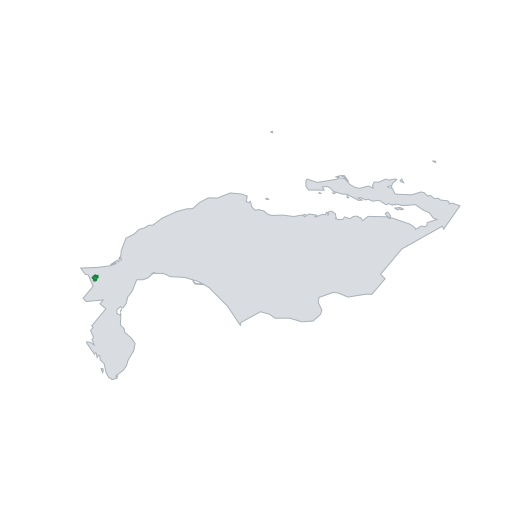 Chicomuselo, Chiapas, Mexico (highlighted), rotated 130°
{"feature_id": "50627088B18917437048636", "entity_name": "Chicomuselo", "entity_type": "district", "adm_level": 2, "iso_a3": "MEX", "parent_name": "Mexico", "parent_adm1": "Chiapas", "projection": "robinson", "projection_center": [-92.321, 15.794], "detail": "fine", "context": "in_parent", "style": "filled", "palette": "green", "viewbox_px": 512, "rotation_deg": 130, "n_neighbors": 0, "source": "geoboundaries", "source_scale": "gbopen_adm2", "svg_char_len": 5197}
<svg xmlns="http://www.w3.org/2000/svg" viewBox="0 0 512 512"><g transform="rotate(130 256 256)"><path d="M86.5,132.0L114.8,129.5L113.3,132.4L156.8,148.8L190.0,148.8L190.4,142.5L211.0,142.6L214.4,147.1L228.4,159.2L231.5,169.3L234.0,173.2L247.3,181.2L251.7,178.2L255.2,170.7L259.3,169.1L269.1,170.4L277.0,178.7L282.2,190.6L291.4,201.4L291.9,208.3L295.9,216.8L316.5,224.8L319.2,223.5L312.8,245.4L310.4,271.6L311.3,277.2L316.7,284.8L315.5,288.8L315.8,284.7L311.4,278.3L312.8,284.2L318.1,296.6L326.9,308.4L328.8,315.7L335.0,323.2L333.3,323.0L336.8,324.8L335.7,323.7L342.2,324.7L346.8,327.2L350.9,332.1L361.9,328.4L370.0,327.9L375.4,325.0L381.0,324.4L382.2,325.5L381.8,327.1L386.4,328.1L389.5,325.7L388.7,321.9L387.1,322.8L387.5,322.0L396.0,315.6L396.5,310.3L398.9,307.3L399.0,298.8L400.6,292.5L407.0,288.8L418.3,286.9L423.3,284.7L428.8,284.2L437.9,286.4L438.7,285.0L436.3,285.0L439.4,284.0L443.1,286.8L443.7,290.5L441.9,295.6L436.0,303.3L435.8,308.5L432.8,311.6L433.4,312.8L436.0,312.4L433.2,315.6L433.3,316.9L435.1,316.5L431.6,329.4L430.6,330.6L428.7,327.7L428.2,322.8L425.6,327.8L422.8,328.2L419.4,334.9L415.5,334.8L415.1,337.0L393.0,337.0L392.9,344.8L387.9,344.8L400.0,356.8L399.6,361.3L383.9,361.3L378.3,372.4L379.8,375.2L377.9,382.5L366.5,370.0L357.4,361.5L351.9,358.3L351.2,359.1L356.4,362.0L348.4,359.5L348.9,357.4L346.8,358.3L345.5,356.5L344.0,358.4L346.7,359.3L342.6,359.8L338.6,362.6L325.9,367.1L317.7,363.5L310.8,362.7L306.1,359.4L301.5,358.0L298.6,354.8L287.3,352.2L273.3,345.5L264.3,339.3L260.5,335.0L251.0,333.5L242.1,329.9L236.5,322.9L224.2,316.2L217.8,306.9L215.7,301.2L220.6,298.5L219.9,296.1L217.7,295.3L221.1,291.0L221.5,285.8L218.9,284.0L216.4,278.9L216.5,274.2L214.9,270.0L207.7,262.1L201.5,252.5L191.8,244.3L194.6,245.8L194.8,244.0L189.6,242.3L185.8,235.8L188.6,236.0L181.0,231.6L180.0,229.4L177.1,230.2L176.7,229.2L178.9,226.7L175.1,228.7L173.0,226.8L172.6,222.5L175.5,218.7L176.5,219.5L174.7,215.6L172.3,213.1L169.1,213.2L167.0,208.0L163.1,206.8L160.8,204.6L159.4,200.0L160.5,197.0L153.6,195.6L141.9,181.0L141.3,177.5L139.5,176.4L132.5,158.2L132.1,152.7L133.1,150.9L126.5,148.5L125.1,145.6L122.9,144.6L120.4,146.3L111.6,140.8L113.0,144.4L111.5,151.2L113.2,156.6L114.3,167.0L123.2,176.1L126.0,182.2L127.4,182.0L128.0,183.8L129.4,184.0L130.5,188.0L133.1,189.2L134.3,197.6L138.9,201.8L140.4,206.5L142.5,208.0L144.0,213.5L145.8,214.9L144.9,210.7L147.5,213.1L150.2,225.9L153.1,229.6L156.9,238.8L156.2,242.6L157.0,246.1L160.4,249.5L161.8,246.1L171.6,258.1L170.5,262.6L166.5,265.9L164.3,266.3L160.3,256.4L144.9,243.1L143.4,243.3L140.3,239.2L139.8,236.3L140.9,230.1L139.8,224.2L137.5,220.0L130.1,214.9L128.7,209.8L127.2,212.0L123.3,213.0L120.6,209.5L113.6,206.0L112.6,203.1L107.4,198.8L107.0,197.3L112.5,198.2L115.7,196.9L115.7,198.3L118.4,199.7L117.5,196.3L116.2,196.1L119.1,189.2L109.3,176.3L100.8,170.7L99.4,167.8L99.7,163.1L97.6,161.5L97.3,156.1L94.7,153.8L94.5,150.5L91.0,145.5L90.4,143.1L91.8,141.5L89.2,139.5L86.5,132.0ZM141.4,181.1L140.3,184.4L137.6,183.3L138.9,178.4L140.6,177.9L141.4,181.1ZM130.1,180.5L126.3,176.9L125.4,173.2L127.3,174.4L127.7,176.5L129.7,177.0L130.1,180.5ZM441.8,302.3L440.8,301.2L441.3,299.7L443.9,298.5L441.8,302.3ZM140.4,243.3L137.6,239.9L139.5,232.9L138.9,239.1L140.4,243.3ZM105.6,194.2L103.4,193.7L105.0,190.0L105.9,192.7L105.6,194.2ZM69.8,182.0L68.1,179.7L68.5,178.6L69.2,178.7L69.8,182.0ZM142.8,243.4L144.4,246.0L140.9,243.4L142.8,243.4ZM206.0,284.1L205.6,285.3L204.7,284.8L204.4,282.9L206.0,284.1ZM158.1,236.3L158.7,238.4L156.9,235.8L158.1,236.3ZM151.7,222.4L152.7,223.4L151.1,225.3L151.7,222.4ZM151.7,324.1L151.0,324.4L149.9,323.5L150.8,322.4L151.7,324.1ZM384.9,324.5L382.9,325.0L386.3,323.8L384.9,324.5ZM167.4,248.3L166.4,248.1L166.3,246.0L167.4,248.3Z" fill="#d9dde1" stroke="#a8b0b8" stroke-width="1"/><path d="M378.5,363.6L378.4,363.6L378.5,363.6L378.4,363.5L378.5,363.5L378.5,363.4L378.4,363.4L378.2,363.3L378.0,363.2L377.9,363.2L377.9,363.3L377.8,363.2L377.8,363.3L377.7,363.3L377.7,363.2L377.7,363.3L377.5,363.2L377.4,363.2L377.3,363.4L377.1,363.2L376.9,363.1L376.7,363.1L376.4,363.2L376.3,363.3L376.2,363.4L376.1,363.8L376.0,364.0L376.0,364.6L375.9,364.4L375.9,364.5L375.9,364.4L375.2,363.9L374.9,363.6L375.0,363.6L374.9,363.6L374.7,363.6L374.3,363.3L374.2,363.4L374.1,363.8L373.9,363.8L373.6,363.8L373.5,364.1L373.3,364.2L373.4,364.6L373.3,364.8L373.3,365.0L373.2,365.0L373.3,365.1L373.3,365.3L373.4,365.5L373.5,365.6L373.8,365.4L373.8,365.5L374.0,365.6L374.1,365.8L374.3,365.8L374.5,365.8L374.4,366.3L374.7,366.4L374.8,366.4L374.8,366.5L374.7,366.5L374.5,366.4L374.4,366.5L374.5,366.5L374.4,366.6L374.3,366.8L374.5,367.0L374.9,367.3L375.1,367.1L375.3,367.1L375.5,367.1L375.7,366.9L375.7,366.7L375.8,366.5L376.3,366.8L376.7,366.9L376.8,366.8L376.8,367.0L376.9,366.9L377.0,366.8L377.0,366.7L377.0,366.8L377.1,366.7L377.3,366.7L377.3,366.8L377.5,366.9L377.6,367.0L377.6,366.7L377.8,366.5L378.0,366.5L378.0,366.2L377.9,366.2L377.9,365.9L377.8,365.7L378.0,365.5L377.9,365.5L377.8,365.4L377.8,365.5L377.7,365.5L377.7,365.4L377.8,365.4L377.8,365.2L378.0,365.2L378.1,364.9L378.3,364.7L378.2,364.7L378.3,364.7L378.4,364.4L378.3,364.2L378.5,364.0L378.5,363.9L378.5,363.7L378.5,363.6Z" fill="#22c55e" stroke="#15803d" stroke-width="1.5"/></g></svg>